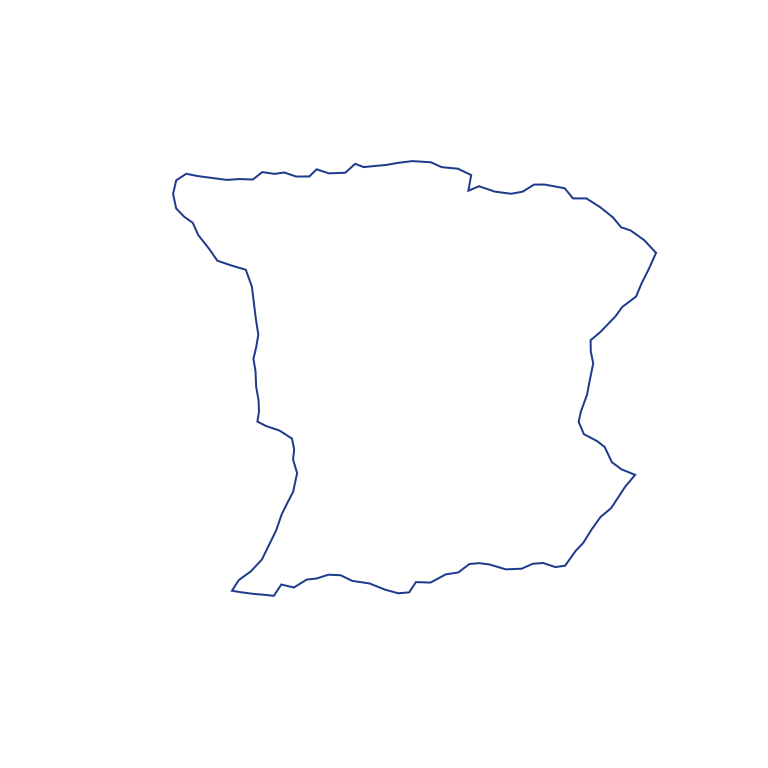 outline of Ribeirão Corrente, São Paulo, Brazil, rotated 21°
{"feature_id": "56859067B56009321964576", "entity_name": "Ribeirão Corrente", "entity_type": "district", "adm_level": 2, "iso_a3": "BRA", "parent_name": "Brazil", "parent_adm1": "São Paulo", "projection": "albers", "projection_center": [-47.577, -20.458], "detail": "fine", "context": "isolated", "style": "outline", "palette": "blue", "viewbox_px": 768, "rotation_deg": 21, "n_neighbors": 0, "source": "geoboundaries", "source_scale": "gbopen_adm2", "svg_char_len": 1737}
<svg xmlns="http://www.w3.org/2000/svg" viewBox="0 0 768 768"><g transform="rotate(21 384 384)"><path d="M559.3,152.3L549.1,152.7L538.0,146.4L522.9,141.6L506.5,138.2L493.9,143.0L482.5,136.5L462.2,140.3L452.6,144.1L444.5,154.8L434.4,160.9L418.3,164.7L401.9,165.3L393.5,173.3L390.5,157.7L375.8,156.5L360.2,160.9L348.4,160.2L330.7,165.7L317.7,172.6L307.6,178.7L298.0,183.4L287.3,188.8L278.1,188.8L272.2,200.6L257.0,207.1L244.2,207.7L239.9,217.0L227.7,221.8L215.1,222.3L206.4,227.1L194.4,229.8L188.3,240.1L175.5,244.5L164.1,249.8L148.3,253.6L135.3,256.7L124.1,258.6L117.0,268.3L119.0,282.2L127.1,294.6L137.3,299.4L147.8,302.1L157.0,311.4L172.2,320.4L184.2,328.6L198.4,328.1L214.1,326.9L225.8,340.5L232.6,353.3L240.9,368.9L249.0,383.0L251.4,394.9L253.1,407.3L259.4,418.0L265.7,432.5L272.6,443.9L277.2,454.6L279.3,464.5L288.8,465.5L303.1,464.9L317.7,468.0L323.6,477.3L326.2,487.2L334.8,498.3L337.8,517.2L336.4,529.6L335.2,542.6L335.8,559.2L334.4,575.0L332.9,591.6L326.8,606.7L318.7,619.1L316.2,631.5L326.2,629.4L337.4,626.7L347.0,623.9L357.1,621.2L360.0,608.0L372.8,606.3L381.9,594.3L390.5,589.9L400.6,581.9L412.0,578.1L424.8,579.2L441.9,575.4L458.6,575.6L472.2,574.3L482.2,569.5L484.8,557.5L498.6,552.7L510.0,539.5L520.8,533.4L528.3,521.4L536.9,517.2L547.0,514.7L564.1,513.4L578.7,507.1L587.3,498.5L596.6,494.1L609.6,493.5L618.2,488.7L622.8,470.8L626.9,461.1L629.9,445.6L633.8,430.5L640.5,418.5L643.1,406.7L646.0,393.3L651.0,378.8L636.4,378.6L624.8,375.4L612.6,363.7L603.1,360.9L588.6,359.2L579.3,349.6L577.7,339.3L577.4,321.4L574.8,306.9L571.9,289.7L565.4,279.6L561.2,269.1L567.3,258.0L575.8,238.0L578.8,226.7L588.0,212.0L588.4,197.7L590.0,181.9L591.0,164.1L575.4,156.5L559.3,152.3Z" fill="none" stroke="#1e3a8a" stroke-width="2"/></g></svg>